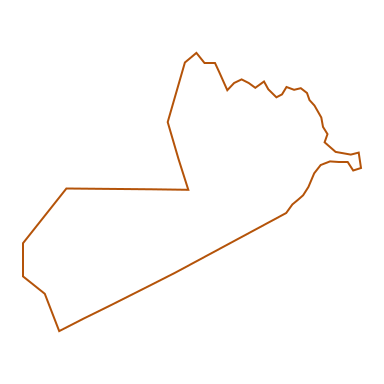 São João do Polêsine, Rio Grande do Sul, Brazil (Natural Earth projection)
{"feature_id": "56859067B22458483222443", "entity_name": "São João do Polêsine", "entity_type": "district", "adm_level": 2, "iso_a3": "BRA", "parent_name": "Brazil", "parent_adm1": "Rio Grande do Sul", "projection": "natural_earth1", "projection_center": [-53.44, -29.641], "detail": "fine", "context": "isolated", "style": "outline", "palette": "amber", "viewbox_px": 384, "rotation_deg": 0, "n_neighbors": 0, "source": "geoboundaries", "source_scale": "gbopen_adm2", "svg_char_len": 739}
<svg xmlns="http://www.w3.org/2000/svg" viewBox="0 0 384 384"><path d="M321.3,117.5L314.5,105.6L309.5,100.1L307.0,93.0L300.8,88.2L294.1,89.8L286.5,87.0L282.0,94.4L276.4,97.3L268.3,89.3L264.0,81.5L255.3,87.8L248.7,83.0L241.6,79.4L234.1,83.0L227.3,90.2L219.5,72.7L215.0,63.0L204.5,63.0L196.4,52.9L184.9,62.5L167.7,122.1L178.5,159.0L188.3,189.8L152.5,189.3L66.4,188.5L23.0,243.2L23.0,276.4L44.8,293.8L59.2,331.1L83.4,318.7L110.0,305.6L142.8,289.1L175.0,272.8L286.2,213.0L292.4,204.4L298.2,199.6L303.1,195.3L308.4,187.0L314.2,173.3L320.7,165.0L330.0,161.4L338.8,162.0L347.7,162.0L353.2,170.5L361.0,168.0L358.7,152.6L350.8,154.6L335.6,151.9L324.6,142.3L327.5,134.1L323.0,126.9L321.3,117.5Z" fill="none" stroke="#b45309" stroke-width="2"/></svg>